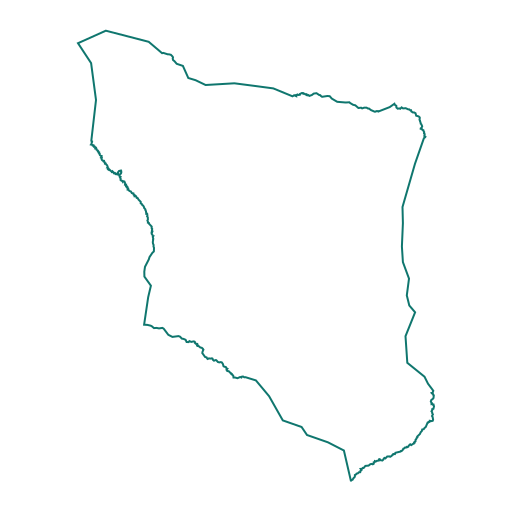 the district of Batshireet, Hentiy, Mongolia
{"feature_id": "93677404B78504825673469", "entity_name": "Batshireet", "entity_type": "district", "adm_level": 2, "iso_a3": "MNG", "parent_name": "Mongolia", "parent_adm1": "Hentiy", "projection": "albers", "projection_center": [109.766, 48.797], "detail": "fine", "context": "isolated", "style": "outline", "palette": "teal", "viewbox_px": 512, "rotation_deg": 0, "n_neighbors": 0, "source": "geoboundaries", "source_scale": "gbopen_adm2", "svg_char_len": 6043}
<svg xmlns="http://www.w3.org/2000/svg" viewBox="0 0 512 512"><path d="M394.4,103.8L389.7,107.1L378.4,111.5L378.2,111.1L376.3,111.1L375.7,111.6L374.7,111.7L371.0,110.1L368.9,108.5L368.1,108.6L366.6,107.7L364.1,107.7L362.1,108.4L361.1,107.7L358.4,108.0L355.3,105.3L353.1,104.8L350.1,103.0L349.4,102.3L345.6,102.5L337.2,101.8L331.8,98.6L329.7,96.2L327.4,96.0L322.1,96.8L320.8,95.9L320.3,95.2L319.2,95.0L316.5,93.2L313.7,93.6L311.9,95.0L309.4,95.9L308.5,95.1L308.0,95.4L306.9,95.2L306.9,94.5L306.6,94.2L305.5,94.5L304.9,93.9L303.5,93.8L303.6,93.3L303.3,93.1L301.9,93.0L299.9,94.0L299.9,94.7L298.6,95.0L297.4,94.5L296.8,95.4L296.5,95.0L294.7,95.3L294.9,95.6L294.2,95.3L292.5,96.3L273.3,88.4L254.5,85.9L234.4,83.3L205.6,85.0L195.6,80.2L188.3,78.0L182.9,65.9L176.7,63.8L174.4,61.1L173.1,60.1L172.7,58.6L173.0,57.6L172.7,56.7L170.9,54.8L168.9,54.3L167.7,54.3L163.3,52.9L162.1,53.2L148.7,41.8L105.8,30.7L78.0,43.2L91.1,63.1L96.0,100.0L91.3,140.8L92.0,141.3L91.8,141.6L92.0,142.1L91.5,143.2L91.6,144.0L91.1,144.6L93.3,145.2L93.1,145.7L93.7,145.8L93.8,146.4L94.3,146.4L94.3,146.9L94.9,146.9L95.8,147.5L95.3,148.5L96.4,148.7L96.5,149.7L97.8,150.5L98.0,150.8L97.7,151.0L97.8,151.5L99.1,152.3L98.8,152.9L99.6,153.6L99.4,153.9L99.9,155.1L101.0,156.0L101.6,156.0L101.6,157.0L101.1,157.6L101.8,157.9L101.5,158.8L101.9,159.9L102.7,160.6L103.9,160.8L103.7,161.6L104.8,162.3L104.9,163.6L105.7,163.5L106.1,164.4L107.1,165.3L107.7,166.9L107.4,167.4L107.8,167.4L108.0,168.1L107.9,168.8L108.5,168.8L108.4,169.6L109.2,170.1L109.7,169.8L111.6,171.7L112.4,171.2L112.7,171.7L112.5,172.1L113.3,172.1L113.8,173.1L114.2,173.0L114.4,173.4L115.0,173.0L116.0,173.7L116.0,174.1L116.4,174.1L118.0,173.4L117.9,172.5L119.0,171.0L121.0,170.5L121.3,171.2L121.0,171.8L121.3,172.4L121.0,173.5L120.5,173.6L119.9,174.7L119.2,174.9L119.6,175.0L119.4,175.7L119.7,176.8L120.5,176.9L120.2,177.9L120.7,178.8L120.5,179.9L121.4,180.7L122.1,180.8L122.7,181.7L122.9,181.1L124.4,181.5L125.2,183.4L125.0,184.6L126.0,184.7L125.8,185.4L126.5,185.9L126.1,186.5L126.7,187.2L127.4,187.1L127.6,189.3L128.3,188.9L128.6,190.1L129.5,191.0L130.9,191.5L131.8,193.1L133.4,193.4L133.5,194.6L134.4,195.5L134.5,196.3L134.8,196.3L135.0,195.4L136.2,196.4L136.7,197.9L137.6,198.0L138.6,199.7L140.7,201.8L140.7,203.3L141.9,204.1L142.3,205.1L143.2,205.6L144.1,207.3L144.1,207.9L145.4,209.4L145.4,210.2L146.0,211.2L146.0,212.1L146.4,212.7L146.2,213.8L147.2,214.0L147.4,215.6L147.1,216.4L147.8,217.3L147.9,219.6L147.4,220.5L148.0,221.9L147.9,222.7L148.9,223.0L149.0,223.7L151.7,226.6L151.6,228.1L152.2,228.9L151.9,230.4L152.1,231.0L151.8,231.7L152.3,231.7L151.6,233.7L152.7,235.3L152.8,236.3L153.2,236.3L152.8,237.0L153.3,238.9L153.0,239.3L153.1,240.1L152.8,242.1L153.0,243.6L153.6,245.0L153.5,246.5L154.0,247.8L153.9,250.9L153.8,251.5L152.4,252.8L149.5,257.1L148.8,259.4L145.0,266.8L144.3,271.6L144.4,276.6L150.9,285.7L148.2,297.1L144.1,324.7L147.4,324.9L150.4,325.6L151.6,326.1L154.0,328.1L156.5,327.9L159.0,328.4L162.4,327.9L163.7,328.7L168.3,334.8L172.4,336.9L178.5,336.1L180.1,336.7L181.8,338.6L183.5,338.9L185.6,339.8L186.6,342.0L188.6,342.1L189.4,341.1L191.3,341.9L193.5,341.4L194.5,341.6L195.1,342.3L194.9,342.9L195.8,343.8L197.3,343.9L197.5,344.4L197.0,345.4L197.4,346.0L198.4,345.9L200.3,347.5L201.8,347.8L202.9,348.8L202.9,349.2L203.4,349.7L202.5,351.8L202.3,353.1L205.1,357.0L206.6,357.4L207.2,358.6L207.7,359.0L208.8,358.4L211.0,358.6L211.9,358.3L212.5,358.6L213.0,359.9L214.0,360.7L215.4,360.1L216.3,360.2L217.9,362.0L219.3,362.4L220.7,362.1L221.8,362.4L222.9,364.0L223.5,366.2L224.3,366.7L225.8,367.0L226.5,368.2L227.1,368.6L226.5,368.9L226.5,369.4L226.9,369.4L226.8,370.1L227.5,370.6L227.4,371.0L229.2,371.5L230.0,372.6L230.9,373.1L231.1,373.8L231.8,373.9L231.9,374.5L233.2,375.5L233.5,377.5L235.0,377.5L237.5,378.2L240.2,377.0L241.4,377.5L241.8,376.7L243.0,376.5L244.3,377.3L245.5,377.2L255.9,380.4L269.1,396.2L282.8,420.4L301.6,427.0L307.0,435.0L327.9,442.3L343.9,450.5L351.0,481.3L351.3,480.0L352.5,479.8L353.6,478.0L354.5,477.3L354.9,476.2L354.9,475.0L356.2,474.3L356.6,473.6L357.9,473.3L358.8,472.3L360.2,472.2L360.4,471.8L360.5,470.7L361.4,470.1L360.7,468.9L362.0,468.8L362.8,467.9L363.6,468.0L365.4,465.9L368.6,465.6L370.3,464.2L371.9,463.9L372.7,464.3L373.6,463.9L373.8,463.5L373.7,462.3L374.8,461.9L374.9,461.1L375.9,461.5L376.7,460.9L379.1,460.5L379.4,460.2L379.0,459.4L379.2,459.1L379.7,459.1L380.5,460.2L382.4,460.5L383.5,459.4L383.7,458.6L384.5,457.9L385.4,458.4L387.2,456.5L389.5,456.4L390.1,456.8L391.5,456.0L392.8,454.5L393.2,454.5L393.4,454.0L394.9,454.1L395.4,452.8L400.4,451.6L400.9,451.0L401.5,451.1L402.7,450.0L403.3,448.7L403.9,448.6L405.0,447.5L406.0,447.6L406.7,446.9L407.3,447.2L408.3,446.7L408.6,445.8L410.2,444.3L411.2,445.1L413.3,443.7L413.8,443.6L414.0,442.6L414.6,442.7L414.9,441.7L415.5,441.3L415.5,439.9L416.2,439.2L416.4,438.3L417.4,437.4L417.2,436.6L419.9,434.0L420.7,432.2L421.8,431.1L422.2,429.5L423.7,429.2L424.5,428.0L425.8,426.9L427.6,422.6L428.2,422.6L428.5,422.0L429.5,421.9L429.7,420.8L431.5,421.1L432.7,420.8L433.1,419.7L432.6,416.9L432.0,416.0L432.9,414.4L432.2,413.2L432.2,412.3L431.5,411.3L432.3,409.9L432.2,409.2L433.4,408.8L434.0,406.4L433.5,404.5L432.6,404.6L432.2,403.6L431.5,403.9L431.4,402.6L430.8,401.5L431.3,400.0L432.8,398.9L433.5,398.0L433.8,395.3L433.2,394.9L432.7,393.1L431.8,393.3L431.6,393.0L432.6,392.7L433.3,390.8L428.0,383.7L424.5,376.7L407.3,362.8L405.5,336.2L415.1,312.3L409.3,305.5L406.8,295.4L409.0,278.6L402.9,262.1L401.9,246.5L402.9,223.2L402.5,207.0L415.0,163.7L423.9,138.2L425.2,137.2L425.4,136.7L424.3,136.0L424.7,134.1L424.0,133.3L424.2,132.1L423.7,131.5L423.4,130.2L422.4,129.9L421.8,128.9L420.7,128.8L420.7,128.4L421.6,127.7L422.2,126.3L421.3,124.2L420.7,123.7L420.5,122.2L420.1,121.6L420.0,120.6L419.5,119.8L419.8,117.9L419.7,117.4L418.6,116.4L416.2,115.7L415.5,113.2L414.0,112.4L413.0,112.5L411.4,111.5L411.1,110.3L410.4,110.4L409.3,109.4L408.3,109.4L405.7,108.2L403.0,108.4L401.6,107.4L400.2,108.8L399.3,108.4L397.7,108.7L396.4,107.5L396.3,105.8L394.7,104.7L394.4,103.8Z" fill="none" stroke="#0f766e" stroke-width="2"/></svg>